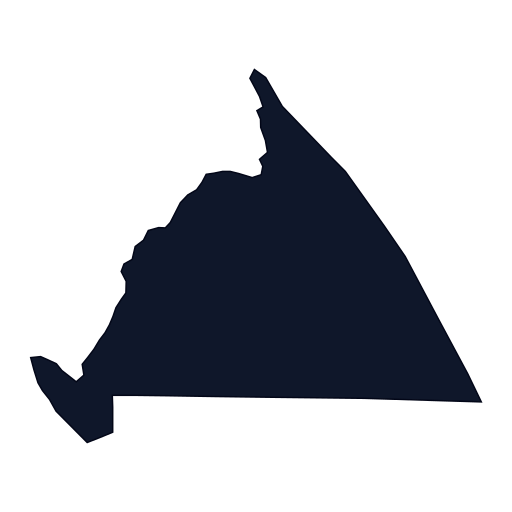 outline of Ichu, Bahia, Brazil
{"feature_id": "56859067B55648901233948", "entity_name": "Ichu", "entity_type": "district", "adm_level": 2, "iso_a3": "BRA", "parent_name": "Brazil", "parent_adm1": "Bahia", "projection": "robinson", "projection_center": [-39.186, -11.716], "detail": "fine", "context": "isolated", "style": "filled", "palette": "ink", "viewbox_px": 512, "rotation_deg": 0, "n_neighbors": 0, "source": "geoboundaries", "source_scale": "gbopen_adm2", "svg_char_len": 1045}
<svg xmlns="http://www.w3.org/2000/svg" viewBox="0 0 512 512"><path d="M481.3,401.9L467.8,373.9L437.9,318.1L405.2,256.5L384.5,226.3L345.3,171.4L331.2,157.2L282.3,106.4L265.7,77.6L254.4,69.5L249.9,78.3L254.6,87.1L259.5,96.4L263.1,106.9L256.9,110.6L260.5,119.1L260.7,127.4L265.4,140.4L267.5,152.4L259.5,159.3L262.8,166.3L261.2,174.7L252.2,177.6L238.6,173.5L230.1,171.4L222.7,171.4L213.9,173.2L206.2,174.3L202.0,182.3L196.6,189.8L187.8,194.9L180.4,202.7L174.8,213.7L170.3,222.5L165.3,227.9L158.6,227.6L148.3,230.5L143.5,240.2L135.2,246.5L132.2,259.4L124.0,264.0L121.2,271.5L126.2,281.3L125.9,292.9L121.5,299.0L116.0,307.6L113.0,316.4L109.4,324.9L105.0,332.8L99.5,340.0L93.9,349.3L87.6,357.6L82.2,364.3L83.9,375.1L76.2,381.8L69.0,376.1L61.8,370.5L56.4,363.8L47.6,359.7L40.6,356.6L30.7,357.6L34.0,370.0L38.0,382.8L42.5,390.6L49.5,399.4L56.1,411.2L87.2,442.5L102.8,436.3L112.7,432.2L112.7,407.1L112.3,395.3L120.5,395.3L134.1,395.3L166.5,395.7L215.6,396.5L276.4,397.3L363.9,398.3L481.3,401.9Z" fill="#0f172a" stroke="#020617" stroke-width="1.5"/></svg>